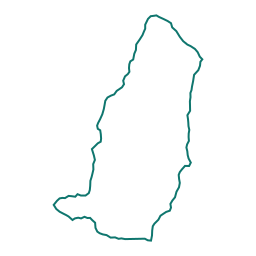 Nova Aliança, São Paulo, Brazil
{"feature_id": "56859067B34710336323608", "entity_name": "Nova Aliança", "entity_type": "district", "adm_level": 2, "iso_a3": "BRA", "parent_name": "Brazil", "parent_adm1": "São Paulo", "projection": "natural_earth1", "projection_center": [-49.522, -21.052], "detail": "fine", "context": "isolated", "style": "outline", "palette": "teal", "viewbox_px": 256, "rotation_deg": 0, "n_neighbors": 0, "source": "geoboundaries", "source_scale": "gbopen_adm2", "svg_char_len": 1880}
<svg xmlns="http://www.w3.org/2000/svg" viewBox="0 0 256 256"><path d="M150.7,16.2L148.0,18.9L146.6,21.8L145.2,24.7L145.2,28.7L143.7,32.1L142.5,35.1L139.7,39.5L136.2,44.5L135.9,50.0L134.3,53.7L133.2,59.5L130.3,61.4L129.3,64.3L129.0,68.1L129.4,71.8L127.8,74.1L125.0,76.4L123.2,80.7L124.0,84.2L122.0,87.3L116.7,90.9L114.2,94.4L111.0,95.6L107.5,97.5L105.3,100.8L104.6,104.8L103.8,109.1L102.3,114.3L100.0,119.4L98.1,123.0L97.1,125.7L97.8,128.8L100.2,130.3L100.8,134.2L101.1,138.6L100.7,141.7L97.8,143.3L94.9,146.2L91.9,149.1L93.9,155.5L94.9,159.9L93.2,164.1L93.4,169.5L92.4,173.8L91.6,177.0L90.4,180.8L90.2,185.9L89.8,190.0L88.8,193.1L85.6,195.5L80.8,195.5L77.5,194.2L75.3,196.7L71.6,196.2L68.6,195.9L65.0,198.1L62.4,197.9L59.6,198.4L57.0,200.8L53.7,204.9L56.3,209.0L59.6,211.7L63.6,213.8L66.2,215.1L68.6,216.5L72.5,220.0L74.9,218.4L78.2,217.7L81.1,218.4L84.5,216.8L87.4,218.0L90.1,217.9L92.3,220.2L95.1,222.7L95.5,227.9L97.3,231.6L99.6,233.2L102.8,234.4L106.6,235.1L110.6,237.6L115.1,237.4L118.6,238.8L121.4,238.4L125.1,239.1L144.8,238.7L147.8,240.3L151.0,240.6L152.0,235.5L152.2,230.5L152.8,226.2L154.4,223.7L156.3,221.8L158.4,219.7L160.5,215.7L163.6,213.6L166.2,211.9L169.8,210.7L171.0,207.6L170.4,203.9L172.4,200.5L175.0,197.3L176.5,191.7L179.0,187.3L179.8,182.9L179.1,179.0L178.7,174.9L179.8,172.1L181.9,169.4L185.0,165.9L189.1,166.0L190.8,162.6L188.6,158.5L187.7,155.1L187.3,151.2L186.4,147.5L187.1,144.4L188.9,140.9L188.6,137.0L188.7,133.5L189.3,129.9L188.5,126.2L188.3,122.5L188.0,119.1L187.4,115.2L190.1,110.8L190.0,105.2L189.9,101.3L190.5,97.2L190.4,93.0L191.5,90.1L192.0,86.6L193.1,81.2L194.1,74.8L198.3,70.2L200.0,65.8L200.4,61.8L202.3,59.3L199.8,56.7L197.7,52.2L195.0,49.0L190.6,46.1L187.4,44.6L183.2,41.2L179.8,36.8L176.3,31.1L172.2,27.4L171.0,23.2L167.6,21.0L163.5,19.0L158.9,16.9L156.4,15.4L153.9,15.8L150.7,16.2Z" fill="none" stroke="#0f766e" stroke-width="2"/></svg>